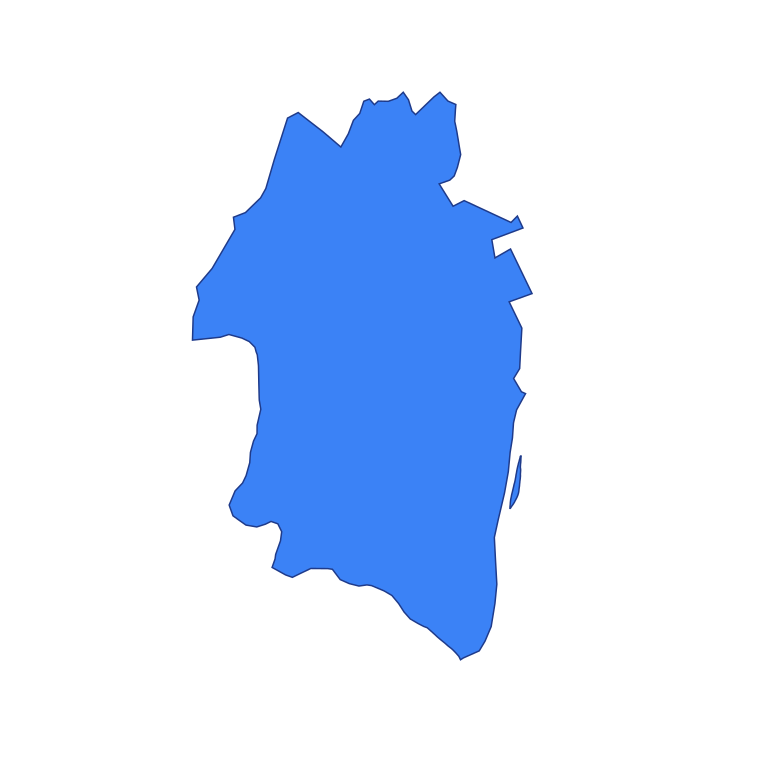 the district of Giza, Al Jizah, Egypt, rotated 64°
{"feature_id": "37247803B59036266241246", "entity_name": "Giza", "entity_type": "district", "adm_level": 2, "iso_a3": "EGY", "parent_name": "Egypt", "parent_adm1": "Al Jizah", "projection": "albers", "projection_center": [31.23, 29.943], "detail": "fine", "context": "isolated", "style": "filled", "palette": "blue", "viewbox_px": 768, "rotation_deg": 64, "n_neighbors": 0, "source": "geoboundaries", "source_scale": "gbopen_adm2", "svg_char_len": 3855}
<svg xmlns="http://www.w3.org/2000/svg" viewBox="0 0 768 768"><g transform="rotate(64 384 384)"><path d="M102.4,342.1L102.7,354.1L134.4,384.4L156.5,404.5L162.6,413.3L169.2,433.4L168.1,446.2L179.7,450.2L204.8,487.8L214.6,510.0L227.6,513.4L240.0,526.1L260.6,536.9L270.2,510.6L271.5,501.7L280.4,491.6L286.8,486.5L294.4,483.9L298.9,484.8L302.2,485.1L312.0,488.6L313.4,489.2L328.3,496.1L341.4,502.1L343.9,503.2L352.7,505.8L365.4,516.1L373.0,519.9L378.1,526.3L385.5,532.8L386.9,534.0L395.8,539.1L405.9,548.1L411.0,554.5L414.8,564.7L424.9,576.2L427.0,576.5L436.3,577.5L442.1,574.4L450.3,569.9L456.7,561.0L458.0,552.1L458.0,545.8L463.1,540.7L471.9,540.7L479.6,545.8L484.6,550.9L489.7,556.1L493.5,558.6L499.8,565.0L512.5,556.1L517.6,551.1L517.6,542.1L517.7,530.7L525.3,515.4L527.9,511.6L540.6,509.1L548.2,502.7L554.6,495.1L557.1,487.4L559.7,483.6L569.9,474.7L577.5,469.6L581.6,468.6L587.7,467.1L597.8,465.9L606.7,463.4L614.3,458.3L619.4,454.5L622.0,452.0L631.3,448.2L634.7,446.9L638.6,445.2L643.5,442.9L647.2,441.4L651.3,439.4L653.0,438.7L656.9,437.4L661.6,436.1L665.4,436.1L665.0,432.7L665.6,415.4L659.4,405.9L649.0,394.0L629.9,380.5L613.5,370.4L591.9,361.3L585.8,358.7L570.3,352.1L556.5,341.2L534.7,323.4L517.3,310.7L500.9,300.7L488.8,292.2L475.8,284.7L475.4,284.4L475.2,284.2L474.9,284.0L465.4,276.2L455.8,262.6L454.7,261.0L451.2,263.9L435.9,265.1L429.6,255.3L414.4,246.9L394.2,235.6L365.0,235.5L367.6,211.3L318.1,211.1L319.3,229.0L301.5,223.8L304.7,190.7L291.5,190.5L294.5,199.0L269.8,219.0L254.3,231.6L254.5,244.0L228.3,246.7L229.6,235.5L227.8,229.7L221.5,223.1L211.4,214.5L205.5,212.8L200.5,211.3L196.2,210.0L189.1,207.9L183.8,206.5L178.9,205.3L172.4,201.6L169.2,199.8L164.3,196.9L163.0,198.0L159.5,201.0L157.7,202.5L146.3,205.8L147.8,213.1L155.7,237.5L150.9,239.2L139.3,237.4L130.2,238.8L132.8,247.2L131.8,256.2L127.2,265.2L128.7,270.2L121.5,272.2L121.0,278.2L130.2,287.2L133.6,295.9L143.5,306.4L152.1,318.9L130.9,328.1L116.1,335.4L102.4,342.1ZM550.9,325.2L551.0,325.3L551.1,325.2L551.1,324.9L551.0,324.7L550.9,324.6L550.8,324.4L550.7,324.2L550.3,323.6L549.9,322.9L549.5,322.2L549.2,321.5L548.8,320.9L548.6,320.4L548.3,320.0L548.0,319.6L547.8,319.1L547.5,318.7L546.5,317.4L545.6,316.1L545.0,315.3L544.7,314.9L544.4,314.5L544.1,314.1L543.7,313.7L543.4,313.3L543.0,312.9L542.7,312.6L542.5,312.3L542.3,312.1L542.0,311.9L541.8,311.7L541.5,311.4L541.3,311.2L541.0,311.0L540.8,310.8L540.5,310.6L540.3,310.4L540.0,310.2L538.8,309.4L537.5,308.6L536.3,307.8L535.0,306.9L534.1,306.4L533.1,305.8L532.2,305.2L531.3,304.7L530.4,304.1L529.5,303.5L528.6,302.9L527.7,302.4L527.4,302.2L527.1,302.0L526.9,301.9L526.6,301.8L526.4,301.6L526.1,301.5L525.0,301.0L524.4,300.7L523.6,300.2L523.0,299.9L522.2,299.4L521.6,299.1L521.3,298.9L521.0,298.8L520.8,298.7L520.6,298.6L520.4,298.5L520.2,298.5L519.9,298.4L519.7,298.3L519.5,298.2L519.3,298.2L519.0,298.1L518.8,298.0L518.6,297.9L518.4,297.8L518.2,297.7L517.8,297.5L517.3,297.2L516.9,297.0L516.4,296.7L516.0,296.5L515.4,296.1L514.8,295.7L514.3,295.4L513.4,294.9L512.5,294.4L511.5,293.9L510.8,293.5L510.1,293.1L509.4,292.7L509.2,292.5L509.0,292.4L508.9,292.4L508.9,292.5L508.7,292.5L508.6,292.8L508.7,293.0L508.8,293.1L508.9,293.3L509.0,293.3L509.3,293.5L509.6,293.8L510.2,294.3L510.8,294.8L511.4,295.4L512.0,295.9L512.9,296.6L513.7,297.4L514.6,298.2L515.5,298.9L517.0,300.2L517.9,300.9L518.8,301.6L520.5,302.9L522.2,304.1L523.6,305.2L525.0,306.1L526.3,307.1L527.0,307.6L527.7,308.1L529.0,309.1L530.2,310.1L531.4,311.2L532.7,312.2L533.8,313.1L534.9,314.0L536.0,314.9L537.1,315.8L538.4,316.9L539.7,318.0L541.1,319.0L542.5,320.1L543.3,320.7L544.0,321.2L544.5,321.5L544.8,321.7L545.1,321.9L545.4,322.1L545.7,322.3L546.6,322.8L547.5,323.3L548.3,323.8L549.1,324.3L549.3,324.4L549.4,324.5L549.5,324.5L549.8,324.7L550.0,324.8L550.3,325.0L550.5,325.0L550.8,325.2L550.9,325.2Z" fill="#3b82f6" stroke="#1e3a8a" stroke-width="1.5"/></g></svg>